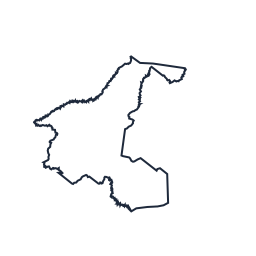 Borba, Amazonas, Brazil, rotated 218°
{"feature_id": "56859067B43884910797312", "entity_name": "Borba", "entity_type": "district", "adm_level": 2, "iso_a3": "BRA", "parent_name": "Brazil", "parent_adm1": "Amazonas", "projection": "robinson", "projection_center": [-59.228, -5.33], "detail": "fine", "context": "isolated", "style": "outline", "palette": "slate", "viewbox_px": 256, "rotation_deg": 218, "n_neighbors": 0, "source": "geoboundaries", "source_scale": "gbopen_adm2", "svg_char_len": 5877}
<svg xmlns="http://www.w3.org/2000/svg" viewBox="0 0 256 256"><g transform="rotate(218 128 128)"><path d="M169.6,186.3L169.7,185.9L169.4,185.9L169.0,184.8L168.4,184.7L167.1,183.0L166.4,180.6L167.1,178.9L167.5,179.1L168.6,177.5L169.9,176.9L170.7,172.8L172.2,169.7L171.6,168.9L172.2,168.1L171.5,166.9L171.7,166.3L170.8,165.9L170.5,164.6L170.9,164.4L170.8,163.9L171.4,163.9L170.9,163.3L171.4,161.5L171.1,161.3L171.6,160.8L171.4,160.3L171.8,160.0L171.5,159.3L171.4,159.8L170.6,159.7L170.9,159.3L170.9,157.6L171.1,157.8L170.8,157.0L171.0,156.7L171.3,157.0L171.7,156.5L170.8,155.1L171.1,154.4L170.8,154.1L171.6,153.5L171.1,152.2L171.4,150.9L171.7,150.7L171.2,149.5L170.8,149.3L170.9,148.7L170.5,148.8L170.9,148.3L170.5,147.8L170.8,147.6L170.8,147.1L170.4,147.3L170.0,146.8L170.6,146.6L170.4,146.3L170.8,146.0L170.7,145.1L171.3,143.0L171.0,141.7L170.6,141.4L170.7,141.0L169.8,140.4L169.6,138.2L170.6,137.7L170.4,136.3L170.9,135.7L170.5,134.9L171.0,134.2L170.7,133.7L171.3,133.9L171.3,133.2L171.9,133.3L172.1,132.6L171.5,132.5L171.2,131.9L171.9,131.8L171.8,131.1L172.2,130.5L171.5,130.1L171.9,129.8L172.0,128.9L171.8,128.6L172.0,128.2L172.4,129.1L172.6,128.6L173.3,128.6L173.7,127.9L174.2,128.0L174.0,128.4L174.8,128.0L175.3,128.5L175.4,127.8L176.3,127.2L176.3,126.7L175.4,126.8L175.2,126.3L176.5,125.3L175.7,124.4L176.6,124.5L177.2,124.0L176.9,122.8L177.6,123.0L177.9,121.9L179.5,122.5L179.5,121.0L180.9,121.9L181.0,121.2L180.5,120.3L180.1,120.5L180.1,120.0L181.7,120.0L182.3,119.5L182.9,119.4L183.0,118.6L183.8,118.3L183.8,117.8L183.1,117.3L183.2,117.0L184.6,116.7L185.0,117.6L185.7,116.7L186.4,117.2L186.2,116.1L186.7,115.4L187.4,116.0L188.1,115.7L187.6,115.2L187.1,115.2L187.2,114.5L188.5,114.6L188.2,114.0L188.7,113.5L190.1,113.6L189.4,111.8L189.9,111.8L190.4,112.3L190.5,111.1L191.5,110.4L191.2,109.2L191.7,109.0L191.8,107.7L193.2,107.1L192.1,105.3L193.8,104.9L193.7,103.6L194.3,104.1L194.7,103.7L193.6,101.6L194.2,101.7L194.4,101.2L195.0,101.3L195.5,100.8L195.3,99.6L195.7,99.0L196.1,100.0L196.4,99.7L197.0,97.1L196.7,95.8L197.3,94.9L198.0,95.0L198.3,94.2L197.8,94.2L197.9,93.8L197.4,93.7L198.4,93.4L198.2,90.6L198.7,89.7L199.2,89.5L198.5,88.3L198.6,87.6L198.9,87.3L200.2,87.6L200.7,87.1L199.9,85.9L200.0,84.8L200.7,84.3L201.3,84.8L201.6,84.5L200.9,82.9L201.6,82.4L201.4,81.3L202.5,81.9L202.9,81.4L202.5,79.4L204.0,78.8L204.1,78.2L205.3,78.0L205.5,77.2L205.0,76.9L205.7,75.2L205.5,74.6L204.0,74.4L203.8,74.7L203.1,74.2L202.6,74.8L201.9,73.5L201.3,74.2L200.8,74.0L200.4,74.5L200.4,75.3L198.9,75.2L198.3,76.3L197.8,76.1L197.0,77.9L194.8,78.7L194.0,80.0L192.6,79.8L192.0,82.1L191.2,82.0L191.0,81.6L189.9,82.3L189.0,82.2L188.2,81.3L187.5,81.5L186.6,80.2L184.4,81.6L182.4,79.7L181.0,80.3L180.1,80.0L179.8,79.3L180.4,79.3L180.6,78.2L179.5,75.8L179.8,74.6L179.5,73.2L181.3,70.2L181.3,69.0L180.9,68.6L179.4,69.0L179.1,67.4L177.7,65.2L178.2,62.6L177.3,60.7L175.2,59.0L173.6,58.3L172.9,56.2L171.5,54.8L171.3,53.5L173.5,48.9L172.4,49.1L171.6,47.3L170.0,47.2L170.4,46.2L170.2,45.8L169.2,46.2L168.4,46.0L167.3,48.4L166.6,49.1L164.3,48.0L162.9,48.2L162.5,50.4L162.0,50.7L161.4,50.3L160.2,51.9L158.5,52.2L157.9,53.8L156.8,52.3L154.9,52.6L152.7,52.3L152.7,51.8L152.1,51.9L152.2,51.6L154.0,51.1L155.2,49.9L138.0,49.7L136.8,50.1L136.7,51.7L135.2,53.2L135.2,55.4L133.7,58.4L134.1,60.7L133.8,62.0L132.1,65.2L131.0,65.4L129.4,64.6L128.5,65.9L117.0,66.0L116.4,66.4L116.1,66.7L116.4,68.0L115.2,68.5L114.6,68.1L114.1,68.8L115.0,71.3L115.1,73.0L116.1,74.4L116.1,75.4L114.8,76.2L113.1,76.5L112.2,77.6L111.0,77.0L111.2,75.6L110.9,75.3L109.9,75.4L109.1,76.9L107.2,75.7L107.4,75.3L106.9,74.9L107.6,74.2L107.4,72.9L106.2,73.2L105.3,72.8L105.1,71.8L104.2,71.2L104.4,70.3L103.2,69.3L102.9,69.5L103.3,70.4L103.0,70.5L102.3,69.7L102.4,68.8L101.9,69.0L101.3,68.1L100.7,68.0L100.6,67.2L100.0,67.1L100.5,65.6L99.5,63.3L98.5,63.3L98.9,64.1L98.0,64.7L95.6,64.1L95.4,64.6L94.9,64.2L94.5,64.3L95.1,63.7L94.5,63.7L93.9,62.9L93.0,63.8L92.2,63.3L91.6,63.8L91.2,63.2L91.4,62.7L90.2,62.0L90.3,61.4L89.7,61.8L89.3,61.4L89.4,62.4L89.0,61.9L88.6,62.7L88.3,62.0L88.0,62.3L87.9,63.5L86.7,62.4L86.9,63.3L86.2,62.8L85.2,64.2L84.8,64.3L84.8,64.0L84.3,63.8L84.0,64.5L83.3,63.9L82.9,64.3L83.0,65.3L82.3,64.5L82.2,65.3L81.6,65.4L81.4,66.0L80.7,65.6L80.5,66.2L80.1,65.6L79.7,66.5L78.9,65.8L79.4,65.4L78.7,65.0L79.1,64.5L78.3,65.2L76.3,64.9L76.6,65.4L75.9,65.1L76.4,64.6L74.1,64.3L72.0,69.8L64.1,77.7L56.4,84.4L52.4,89.0L50.3,93.7L68.8,115.9L78.0,116.0L79.6,113.7L79.2,112.0L99.5,112.0L101.1,109.1L102.4,105.6L103.3,104.5L105.1,104.2L107.8,105.4L109.0,105.5L114.7,102.7L116.2,102.3L129.6,125.3L128.5,127.1L128.3,129.4L127.0,131.9L127.0,134.8L127.8,135.7L128.1,137.4L129.7,137.4L132.9,136.2L133.6,137.5L134.5,137.4L135.7,138.4L135.7,141.1L134.5,144.1L133.6,145.0L133.2,146.6L132.4,148.0L132.5,151.2L132.9,151.1L133.2,151.4L132.9,152.7L133.1,153.2L133.7,153.3L133.4,154.1L133.9,153.7L134.8,154.9L135.3,155.0L135.0,156.5L135.8,156.8L136.2,157.7L136.9,157.4L137.0,159.3L138.2,158.8L138.6,159.1L137.9,160.0L138.3,160.4L138.2,161.4L139.9,162.1L140.4,162.7L140.3,164.8L142.5,165.7L142.3,167.8L143.0,167.9L143.7,169.2L143.6,169.6L143.1,169.3L143.1,169.7L144.2,170.1L144.6,171.2L145.6,172.0L144.8,172.2L144.8,173.0L145.0,174.5L145.6,174.8L146.3,176.1L145.8,177.3L146.3,177.6L145.2,179.4L146.1,180.3L144.7,180.5L143.9,181.9L144.0,182.4L144.6,182.0L145.4,182.6L145.2,183.7L144.8,184.0L145.7,184.5L145.6,185.0L146.4,185.9L146.1,186.3L147.4,188.7L147.3,189.9L147.1,190.7L132.7,190.7L132.4,191.4L131.6,191.6L130.2,190.9L127.6,190.6L126.6,189.9L125.9,190.0L125.2,191.2L124.3,191.1L123.4,190.6L123.3,189.4L122.6,189.1L121.2,191.7L120.6,194.2L118.6,194.4L118.3,195.2L116.9,196.0L117.1,196.9L115.7,199.7L117.0,200.5L117.2,201.8L116.5,202.1L116.3,203.0L117.7,203.6L116.9,205.5L118.2,206.6L118.4,209.2L119.1,208.9L119.4,209.2L119.3,210.0L119.9,210.2L142.9,197.1L148.1,194.1L158.6,186.7L169.6,186.3Z" fill="none" stroke="#1e293b" stroke-width="2"/></g></svg>